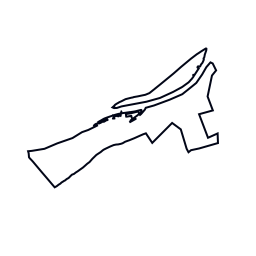 Giza, Al Jizah, Egypt (Equal Earth projection), rotated 249°
{"feature_id": "37247803B55829024150134", "entity_name": "Giza", "entity_type": "district", "adm_level": 2, "iso_a3": "EGY", "parent_name": "Egypt", "parent_adm1": "Al Jizah", "projection": "equal_earth", "projection_center": [31.222, 29.999], "detail": "fine", "context": "isolated", "style": "outline", "palette": "ink", "viewbox_px": 256, "rotation_deg": 249, "n_neighbors": 0, "source": "geoboundaries", "source_scale": "gbopen_adm2", "svg_char_len": 5253}
<svg xmlns="http://www.w3.org/2000/svg" viewBox="0 0 256 256"><g transform="rotate(249 128 128)"><path d="M108.2,74.4L109.2,77.0L110.0,79.9L112.0,83.7L113.2,86.5L114.2,88.8L114.7,91.0L115.3,93.8L116.2,96.4L116.5,97.7L116.7,99.7L117.1,104.7L117.2,108.5L116.8,111.0L116.2,112.9L116.0,114.3L115.8,115.5L115.7,117.5L116.2,120.4L116.1,124.8L116.2,130.1L116.5,135.8L116.7,139.8L116.6,142.8L105.4,145.3L116.9,171.0L107.8,176.8L87.6,175.3L83.7,175.8L84.7,178.9L83.4,187.1L81.7,206.6L90.8,209.7L90.2,199.2L115.4,199.3L114.0,213.5L128.9,213.6L146.9,225.2L150.2,230.9L157.9,230.2L159.7,228.5L156.7,222.9L151.4,216.4L145.6,207.9L143.8,202.4L140.1,190.8L139.5,177.1L139.7,160.4L140.5,151.8L139.1,150.3L136.4,145.3L135.6,143.0L135.9,143.6L136.5,144.2L137.3,145.1L137.9,145.6L139.2,146.6L139.7,146.9L139.8,146.9L140.0,146.9L140.2,146.7L140.3,146.2L140.6,143.7L140.9,141.0L141.2,139.4L141.8,136.8L141.8,136.4L141.7,136.2L141.3,136.0L140.8,136.0L140.7,136.1L140.4,138.5L140.0,141.7L139.7,143.0L139.5,143.4L139.2,143.6L138.8,143.7L138.3,143.7L137.7,143.5L137.1,143.0L136.8,142.4L136.4,141.3L135.6,138.4L135.0,136.4L134.9,136.1L134.8,135.9L134.5,135.9L134.0,136.0L133.8,136.1L133.7,136.3L133.6,136.8L133.6,137.2L133.7,137.6L134.0,138.5L134.1,139.1L133.7,138.3L132.7,131.4L133.0,132.0L133.1,132.4L133.2,132.6L133.2,133.0L133.2,133.5L133.3,133.8L133.4,134.0L133.5,134.0L133.5,133.9L133.5,133.3L133.6,133.2L134.0,133.1L134.2,133.3L134.3,133.7L134.3,133.9L134.3,134.1L134.2,134.4L134.2,134.5L133.7,134.8L133.6,135.0L133.7,135.3L133.9,135.4L134.0,135.4L134.9,135.2L135.7,135.2L136.8,135.2L137.9,135.4L138.1,135.4L138.2,135.2L138.3,134.7L139.0,131.0L139.2,130.6L139.3,130.4L142.9,131.3L143.0,131.3L143.1,131.2L143.3,130.4L143.4,130.1L143.8,128.3L143.9,127.5L144.5,127.3L144.9,127.3L145.0,127.4L145.1,127.5L145.3,127.6L145.7,127.6L146.0,127.5L146.0,127.4L146.1,127.2L145.7,127.5L145.4,127.5L145.3,127.4L145.1,127.4L145.1,127.2L144.4,126.8L144.1,126.7L144.1,126.3L144.2,126.1L144.4,125.2L144.6,124.0L144.8,122.2L145.0,119.6L144.9,119.8L144.7,120.2L144.4,120.3L144.1,120.5L143.9,120.7L143.9,120.9L143.8,121.1L143.8,121.7L143.7,122.7L143.7,122.9L143.5,123.2L143.4,123.5L143.4,125.1L143.4,125.8L143.2,125.9L143.1,126.0L142.2,125.6L142.0,125.4L142.3,125.1L142.5,124.9L142.6,124.5L142.6,124.3L142.6,124.0L142.5,123.7L142.3,123.5L142.3,123.4L142.5,123.0L142.7,122.6L142.8,122.5L143.1,122.3L143.3,122.1L143.4,121.8L143.4,121.3L143.4,121.0L143.6,120.6L143.8,120.4L144.0,120.3L144.1,120.2L144.3,120.1L144.6,119.6L144.9,119.2L143.8,119.1L143.0,118.9L142.0,118.8L141.8,118.7L142.0,118.1L142.1,117.9L142.1,117.7L142.2,117.4L142.3,117.4L142.4,117.5L142.5,117.6L142.4,117.8L142.3,118.0L142.3,118.4L142.4,118.6L143.4,118.7L144.5,119.0L145.0,119.0L145.0,118.8L145.1,117.3L145.3,112.3L145.3,110.7L145.3,109.3L145.2,108.3L144.7,105.4L144.5,103.7L144.2,102.4L143.9,102.5L143.8,102.8L143.8,103.8L143.8,105.0L143.9,107.2L143.9,107.6L143.7,108.3L143.6,109.2L143.6,109.5L143.6,111.2L143.5,111.6L143.4,111.8L143.2,111.8L142.9,111.8L142.8,111.4L143.0,109.9L142.8,109.6L142.8,109.3L142.8,108.9L142.8,108.7L142.6,108.7L142.5,108.2L142.5,107.8L142.5,107.6L142.6,107.4L142.9,107.4L143.1,107.3L143.2,107.2L143.0,106.2L142.8,105.4L142.7,104.4L142.6,103.8L142.7,103.3L142.6,102.5L142.7,102.4L143.0,102.1L143.1,101.9L143.3,99.8L143.3,99.5L143.2,99.1L143.1,98.7L143.1,98.4L143.0,98.1L142.9,97.8L142.5,97.2L142.4,97.1L142.2,97.2L142.1,97.3L142.0,97.5L141.8,98.3L141.5,99.9L141.4,100.9L140.4,90.2L140.6,83.6L138.5,72.6L139.0,56.4L138.5,42.6L141.1,30.1L142.1,26.4L139.9,26.2L136.2,25.1L135.0,25.4L132.9,26.3L130.9,27.1L117.3,31.8L110.3,34.3L102.0,37.2L98.9,38.3L99.1,39.8L99.3,40.9L99.6,41.8L100.0,43.2L100.3,44.9L101.0,46.5L101.1,47.4L101.5,49.1L101.6,50.4L102.1,51.8L102.4,52.9L102.5,54.0L102.8,55.1L103.2,55.9L103.6,56.8L104.0,57.7L104.5,58.9L104.5,61.1L105.2,63.4L105.6,65.5L106.4,68.5L107.2,71.7L108.2,74.4ZM150.7,124.8L150.5,129.6L145.9,154.8L144.6,168.6L145.5,182.8L146.9,193.4L148.9,200.9L149.6,202.4L150.4,203.9L150.8,204.8L151.2,205.5L151.9,206.6L152.2,207.1L152.5,207.5L153.0,208.1L153.3,208.2L153.9,207.8L154.0,207.8L154.2,208.0L154.1,208.4L153.9,208.7L153.7,209.1L158.2,215.3L159.2,214.7L159.5,214.6L159.8,214.6L160.0,214.8L160.2,215.0L160.4,215.3L160.4,215.5L160.3,215.9L159.8,216.5L159.7,216.8L159.6,217.0L159.7,217.4L159.8,217.6L160.0,217.8L160.8,218.6L161.1,218.9L161.3,219.2L161.8,220.2L162.1,220.7L162.7,221.4L163.2,221.9L163.9,222.6L164.7,223.3L164.8,223.3L165.2,223.3L165.3,223.3L165.7,223.4L165.9,223.5L166.0,223.6L166.2,224.1L166.4,224.3L166.9,224.7L167.7,225.2L168.3,225.6L168.9,225.9L171.6,228.2L172.2,228.7L172.5,228.9L173.8,229.6L174.0,229.6L174.3,229.3L174.3,229.0L174.2,228.5L174.2,228.4L173.4,224.2L172.6,220.7L172.2,218.7L172.0,218.0L170.1,211.5L166.1,199.7L162.5,189.9L161.1,185.7L156.9,173.0L152.9,160.5L152.8,156.1L153.3,153.1L154.0,148.6L154.8,144.5L154.8,143.5L155.1,141.9L155.6,137.8L155.8,136.0L155.3,131.4L155.3,131.1L155.2,129.0L155.0,128.2L154.8,126.6L154.5,125.1L154.3,124.3L154.2,124.1L154.1,123.8L153.9,123.5L153.7,123.4L153.3,123.1L153.2,122.9L153.4,122.7L153.5,122.7L152.8,120.9L151.6,122.1L150.7,124.8ZM142.9,131.6L141.8,131.4L141.7,131.4L140.8,135.5L141.9,135.8L142.0,135.8L142.1,135.7L143.0,131.7L142.9,131.6Z" fill="none" stroke="#020617" stroke-width="2"/></g></svg>